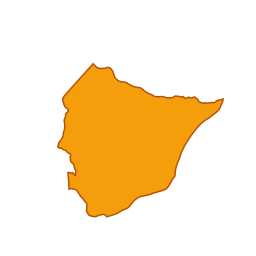 Tocantinópolis, Tocantins, Brazil, rotated 46°
{"feature_id": "56859067B84372438534846", "entity_name": "Tocantinópolis", "entity_type": "district", "adm_level": 2, "iso_a3": "BRA", "parent_name": "Brazil", "parent_adm1": "Tocantins", "projection": "mercator", "projection_center": [-47.544, -6.231], "detail": "fine", "context": "isolated", "style": "filled", "palette": "amber", "viewbox_px": 256, "rotation_deg": 46, "n_neighbors": 0, "source": "geoboundaries", "source_scale": "gbopen_adm2", "svg_char_len": 3166}
<svg xmlns="http://www.w3.org/2000/svg" viewBox="0 0 256 256"><g transform="rotate(46 128 128)"><path d="M177.1,205.0L178.9,201.6L181.3,196.6L182.3,193.4L183.7,187.9L184.4,186.5L185.3,183.7L185.4,182.3L185.3,181.0L185.1,179.2L184.8,177.6L184.6,175.6L184.5,174.1L184.6,172.8L184.7,171.5L185.0,169.3L185.4,168.1L185.8,166.9L187.8,163.8L188.5,162.7L189.1,161.7L190.8,158.8L192.9,154.1L194.4,151.5L195.2,149.6L196.2,148.0L197.8,144.7L198.4,142.3L198.1,139.8L197.6,137.5L197.0,135.5L195.9,131.9L195.1,127.6L192.7,124.7L190.6,122.2L188.7,119.1L186.9,115.2L185.2,111.4L182.6,106.5L180.0,99.3L179.1,95.9L177.2,87.6L176.9,85.4L176.4,82.9L176.0,80.0L175.5,72.4L175.9,67.6L176.6,64.8L177.2,62.2L177.2,60.1L178.0,53.9L178.0,50.7L177.9,49.5L177.0,46.9L176.2,44.9L175.4,43.1L174.0,40.4L173.2,39.4L172.5,40.8L171.8,42.2L171.0,43.3L170.4,44.4L169.8,45.4L170.1,47.2L169.4,48.9L168.2,49.4L167.4,50.8L166.4,51.9L165.6,53.3L164.1,54.6L163.0,55.5L162.5,56.7L161.6,57.3L160.1,57.9L158.5,58.7L156.9,58.2L155.7,57.9L154.5,58.4L152.7,58.1L151.4,59.3L150.9,60.8L150.2,62.0L148.5,62.5L147.6,63.6L147.4,65.2L146.5,66.2L144.9,66.4L143.6,66.5L143.2,67.7L141.9,68.6L140.2,69.7L139.0,70.8L138.1,71.6L137.5,72.6L137.3,74.1L136.9,75.3L136.0,76.4L134.9,77.4L134.0,78.2L133.0,79.2L131.6,80.0L130.5,80.6L129.4,81.3L128.5,82.2L127.6,83.5L126.2,84.8L124.7,86.3L122.8,87.3L120.8,87.7L119.4,88.3L118.3,89.0L117.1,89.2L115.6,89.9L114.1,90.2L112.4,90.5L110.8,90.5L109.3,90.8L107.4,91.3L105.8,92.6L104.4,93.7L103.0,94.6L102.0,95.3L100.9,95.7L99.6,96.1L98.2,96.6L96.9,97.2L95.4,97.3L93.5,97.8L92.2,99.0L91.2,99.8L90.2,100.6L89.0,101.3L88.0,102.0L86.4,102.3L83.8,102.4L82.2,102.2L80.8,101.7L79.6,101.1L78.3,100.5L76.7,99.5L74.5,99.3L72.9,99.1L71.6,99.5L70.7,100.2L69.9,101.1L69.4,102.4L68.4,103.9L67.2,105.1L66.0,106.6L64.6,107.5L63.4,108.2L61.9,108.4L60.3,108.3L58.9,108.7L57.6,108.4L57.7,110.1L60.4,148.9L60.8,151.7L61.0,153.0L61.4,154.5L62.9,155.8L64.2,156.5L65.4,157.0L66.3,157.7L67.8,158.1L68.9,158.6L70.2,158.5L71.6,158.3L73.1,158.4L74.4,159.2L74.6,160.6L74.4,161.9L74.8,163.3L75.9,164.6L76.9,165.8L77.3,167.2L78.0,168.5L79.0,169.3L80.4,170.2L81.8,171.5L83.2,172.5L84.1,173.7L85.1,175.0L86.1,177.1L87.1,178.3L88.0,179.4L88.7,180.4L89.2,181.6L89.7,183.1L90.0,184.4L90.3,185.6L90.2,187.0L90.7,188.4L91.8,189.7L92.4,191.2L93.6,191.8L95.1,191.0L96.3,189.9L98.3,189.7L99.6,189.0L101.5,188.3L103.4,188.5L104.9,188.3L106.0,187.7L107.2,187.7L108.2,188.8L108.8,190.0L110.4,190.9L111.3,191.8L112.2,192.5L113.6,192.5L115.1,192.3L116.4,192.4L117.9,193.2L119.1,193.9L120.4,194.7L122.6,195.3L123.8,196.8L124.8,197.8L125.6,198.7L124.4,199.1L123.1,198.8L121.7,198.8L121.5,200.1L120.2,200.5L119.2,201.1L118.4,202.2L119.5,203.0L131.1,212.9L131.6,211.6L133.0,210.3L134.4,209.4L135.5,208.7L136.8,208.2L138.5,208.4L139.8,208.7L141.2,208.8L142.7,209.3L144.5,209.6L146.7,209.5L148.8,209.7L150.9,210.1L152.4,210.1L153.6,210.1L154.8,210.8L155.7,212.2L156.8,213.1L158.0,214.6L159.4,215.9L160.8,215.9L162.0,216.5L163.4,216.6L164.9,216.2L166.3,215.2L167.4,214.6L168.5,213.9L169.3,212.7L170.0,211.2L170.7,209.5L171.4,208.2L172.2,207.0L173.2,205.3L175.2,204.8L177.1,205.0Z" fill="#f59e0b" stroke="#b45309" stroke-width="1.5"/></g></svg>